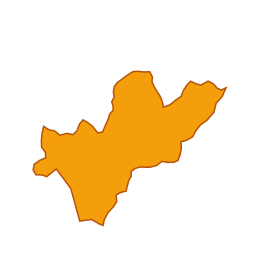 the district of Bom Jesus, Santa Catarina, Brazil, rotated 48°
{"feature_id": "56859067B25903908372019", "entity_name": "Bom Jesus", "entity_type": "district", "adm_level": 2, "iso_a3": "BRA", "parent_name": "Brazil", "parent_adm1": "Santa Catarina", "projection": "robinson", "projection_center": [-52.392, -26.732], "detail": "fine", "context": "isolated", "style": "filled", "palette": "amber", "viewbox_px": 256, "rotation_deg": 48, "n_neighbors": 0, "source": "geoboundaries", "source_scale": "gbopen_adm2", "svg_char_len": 1294}
<svg xmlns="http://www.w3.org/2000/svg" viewBox="0 0 256 256"><g transform="rotate(48 128 128)"><path d="M135.1,50.2L135.5,55.5L137.0,61.2L140.0,67.5L139.2,73.9L138.8,81.5L136.2,87.7L130.6,84.5L125.2,82.7L119.5,81.8L114.3,80.8L109.8,79.3L106.4,75.7L100.8,74.2L97.0,78.7L92.5,82.7L89.4,86.6L88.4,92.5L87.7,99.3L87.1,105.6L88.1,110.6L91.2,114.6L95.9,117.6L97.6,122.6L101.8,124.4L104.8,127.2L105.3,132.0L108.1,136.7L110.9,143.0L113.9,149.5L111.4,153.7L103.2,153.2L97.4,154.2L91.8,156.0L92.6,161.3L95.9,167.8L96.1,173.4L91.0,177.1L87.9,183.4L80.7,184.6L76.6,187.9L70.4,189.6L74.2,195.1L79.3,200.7L84.5,205.1L90.7,205.7L95.1,208.9L93.0,215.2L92.2,221.9L95.6,226.5L101.1,227.7L105.8,223.0L109.8,221.0L110.4,208.7L134.7,211.0L165.0,226.2L168.2,221.2L171.6,216.3L180.2,213.5L183.7,211.7L180.4,207.2L177.6,199.9L176.8,191.8L175.1,185.6L169.9,181.6L171.0,176.6L173.6,171.6L170.3,166.8L167.5,162.5L165.9,157.8L162.4,154.8L163.0,149.3L165.2,145.0L168.6,141.5L171.8,138.0L175.1,131.7L175.5,125.2L180.0,121.6L184.1,117.0L185.6,112.6L183.0,107.6L179.1,102.3L173.8,97.8L176.3,92.8L177.8,85.8L175.5,79.7L174.2,72.0L175.1,64.2L173.8,53.7L168.6,45.9L167.6,36.9L163.7,28.3L162.2,33.3L157.9,35.1L152.3,35.0L146.7,37.1L145.0,45.1L140.5,47.9L135.1,50.2Z" fill="#f59e0b" stroke="#b45309" stroke-width="1.5"/></g></svg>